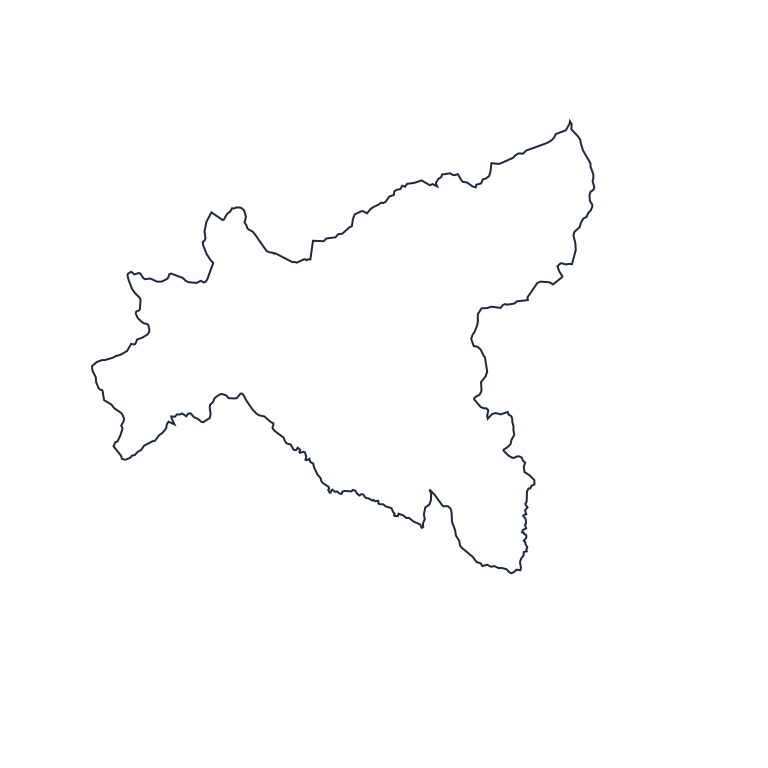 outline of Bac Tra My, Quàng Nam, Vietnam, rotated 338°
{"feature_id": "81297802B65636962466894", "entity_name": "Bac Tra My", "entity_type": "district", "adm_level": 2, "iso_a3": "VNM", "parent_name": "Vietnam", "parent_adm1": "Quàng Nam", "projection": "equal_earth", "projection_center": [108.196, 15.277], "detail": "fine", "context": "isolated", "style": "outline", "palette": "slate", "viewbox_px": 768, "rotation_deg": 338, "n_neighbors": 0, "source": "geoboundaries", "source_scale": "gbopen_adm2", "svg_char_len": 6154}
<svg xmlns="http://www.w3.org/2000/svg" viewBox="0 0 768 768"><g transform="rotate(338 384 384)"><path d="M309.0,164.1L306.0,166.5L302.4,167.4L296.9,171.7L295.7,171.4L288.3,160.2L280.0,167.2L274.7,175.4L273.0,182.1L271.2,183.9L269.1,184.5L268.3,187.4L268.2,196.9L269.5,203.8L271.0,207.8L259.1,221.0L256.6,222.5L254.9,222.3L252.7,219.7L248.2,220.1L240.8,216.3L238.8,213.9L237.0,210.1L227.9,201.8L225.9,201.9L223.8,204.5L222.2,205.3L216.7,205.8L213.9,205.0L212.0,204.1L206.7,198.6L201.7,197.3L200.5,195.6L199.4,190.2L198.3,189.2L193.6,188.9L191.7,185.2L187.7,185.9L186.9,187.2L186.2,191.3L186.0,201.4L187.2,206.5L189.8,212.6L189.8,214.9L185.8,222.9L184.6,224.0L181.5,224.0L180.3,225.4L180.2,227.2L180.4,230.4L182.2,234.8L184.1,237.8L186.6,239.4L187.6,241.1L186.8,245.7L185.7,247.9L183.3,249.5L177.2,250.5L171.8,250.3L168.4,253.7L167.1,253.7L164.6,252.1L158.2,257.1L150.5,258.2L145.5,257.6L142.8,258.1L134.0,257.2L131.6,256.2L126.0,256.0L120.1,258.0L119.6,258.8L118.7,262.6L119.3,269.8L117.8,274.3L117.8,280.7L118.4,282.6L120.2,283.9L120.5,284.8L118.4,294.2L123.5,300.8L124.8,305.4L129.2,312.0L130.0,314.3L130.0,318.5L128.7,321.0L124.7,324.2L125.0,326.6L124.4,328.0L120.3,332.9L115.4,337.4L113.0,337.4L109.9,340.4L113.4,352.4L112.9,355.0L115.1,357.0L116.4,357.4L121.1,357.3L123.5,356.0L126.3,356.5L130.2,354.6L134.2,354.2L138.5,351.3L148.0,350.4L150.3,350.9L156.4,347.2L160.1,346.4L164.3,344.2L166.0,342.7L167.4,340.1L170.1,338.2L174.6,343.0L174.2,336.4L174.6,334.4L177.9,336.0L180.7,334.6L183.2,335.8L185.8,335.7L188.6,339.9L191.2,338.1L193.7,338.7L195.4,343.6L198.6,347.0L200.4,350.5L201.9,351.7L209.7,350.3L212.0,346.8L213.6,340.5L215.0,338.1L218.9,336.6L221.1,334.1L223.4,333.1L227.5,332.2L229.6,332.4L233.3,335.3L234.6,338.9L240.4,341.6L242.5,341.8L247.3,339.2L248.8,339.7L249.5,341.3L250.2,348.0L252.6,358.6L254.7,363.8L256.3,366.1L261.1,369.4L264.6,376.6L266.7,379.1L266.2,380.5L264.3,382.4L264.3,384.2L265.0,386.4L270.8,396.1L270.8,399.7L271.5,402.7L274.8,405.1L275.4,410.2L276.2,411.8L278.0,412.3L280.1,410.7L281.7,413.7L280.0,415.3L280.2,416.3L283.9,416.7L285.0,417.7L284.7,422.2L282.8,424.8L283.9,425.8L286.7,425.3L286.5,428.7L288.6,431.5L287.9,434.8L288.4,443.1L289.9,447.5L289.5,451.1L290.7,453.7L294.1,458.6L294.0,460.3L292.6,461.3L292.9,464.3L293.7,464.8L295.6,462.7L296.5,462.5L298.0,465.5L300.2,466.0L301.3,468.3L303.1,469.9L304.0,469.7L305.1,468.2L307.1,468.3L313.6,471.4L315.3,470.5L317.5,472.2L317.8,475.0L319.3,478.1L321.7,477.7L323.0,478.3L323.7,479.5L323.8,481.6L325.1,483.3L326.9,484.2L329.4,487.7L330.9,487.5L331.7,489.3L334.8,490.1L334.8,491.1L334.0,492.5L334.5,493.5L338.4,495.5L339.8,498.2L344.4,501.8L344.5,506.3L345.3,508.3L344.1,509.5L344.4,510.3L347.4,511.8L348.9,509.7L352.7,513.1L354.5,516.6L357.0,517.5L359.8,522.5L365.0,527.9L364.9,530.6L365.3,531.6L366.8,531.3L367.8,527.9L371.2,524.6L372.1,519.8L376.1,513.9L381.1,512.7L384.2,509.0L386.7,503.2L386.6,498.9L389.4,505.6L392.7,518.8L393.2,519.6L397.5,521.2L399.0,524.5L398.5,528.6L395.4,537.3L395.2,546.0L393.9,551.4L395.0,557.9L394.0,561.9L394.4,564.2L401.6,577.8L403.2,583.9L406.4,586.4L407.0,589.7L411.9,590.2L414.8,593.6L418.2,594.2L421.4,597.7L423.5,598.2L428.1,601.5L429.7,605.6L431.3,607.2L434.7,606.9L437.1,605.7L440.7,607.8L442.2,605.4L443.2,600.6L444.1,599.1L446.2,596.9L449.1,595.4L450.6,592.2L453.7,592.6L453.8,591.0L455.7,589.1L455.2,585.9L455.7,583.5L454.8,581.7L458.4,579.8L459.2,577.7L458.9,576.6L457.8,575.8L457.8,574.2L456.4,573.2L458.2,571.4L461.7,571.1L462.0,567.3L463.5,566.4L464.5,563.5L464.6,561.6L463.7,558.5L464.8,557.8L467.1,558.1L467.4,554.0L470.9,552.1L470.0,549.2L470.2,548.0L472.2,546.5L476.3,537.2L478.9,535.0L480.5,535.6L482.7,533.6L485.8,533.5L487.4,529.5L484.9,523.4L481.3,518.2L482.6,513.1L485.4,509.8L484.1,507.0L484.1,503.7L482.4,501.9L480.5,501.0L476.8,501.2L475.3,500.4L472.7,497.2L469.8,490.5L470.7,489.6L475.0,488.8L478.8,487.2L481.0,483.8L485.7,480.0L486.8,475.0L488.2,471.9L488.7,467.3L489.8,464.6L490.0,461.6L488.1,459.0L488.2,456.3L480.9,455.9L476.8,452.8L472.9,452.4L467.2,455.1L467.7,452.3L470.7,447.6L470.7,446.8L469.7,444.8L467.5,443.9L465.0,441.6L461.8,432.0L462.3,431.0L464.2,430.2L468.4,429.8L471.0,427.8L472.1,426.2L474.6,418.7L481.2,414.9L484.3,411.2L487.6,397.0L487.0,395.4L486.5,388.1L484.6,384.4L481.4,382.5L481.7,374.9L484.5,371.6L487.4,369.7L492.4,364.5L494.4,361.3L497.1,354.5L502.8,350.4L508.0,352.2L512.4,352.5L520.7,357.1L523.8,355.4L525.9,355.2L528.3,356.7L534.7,358.2L538.4,357.2L548.8,360.1L549.2,358.0L549.8,357.2L563.5,348.1L565.1,347.7L567.6,347.8L574.1,350.9L576.3,352.4L577.9,355.0L589.2,351.6L589.7,351.0L588.7,345.0L588.9,339.9L592.7,338.3L593.8,338.5L597.6,341.4L600.2,341.8L603.2,343.3L612.0,331.6L614.2,325.0L615.2,317.6L616.7,315.1L617.9,314.1L624.3,311.8L626.7,308.6L630.5,305.4L634.5,304.9L637.7,301.7L640.7,300.5L643.6,297.6L644.3,295.6L643.5,291.5L645.1,286.2L647.3,283.3L651.1,282.2L652.6,280.7L653.5,273.7L655.3,271.5L656.6,268.0L656.9,260.0L658.1,256.5L656.0,242.1L656.7,234.0L657.5,231.2L656.6,227.1L653.1,218.0L655.4,213.3L654.8,210.2L653.7,212.1L647.6,216.9L637.0,216.6L633.3,219.7L629.7,221.0L625.3,221.6L603.2,220.8L599.2,222.5L595.1,220.6L591.5,221.2L588.4,222.6L575.8,223.1L573.0,223.0L566.3,219.5L562.3,226.9L559.5,230.5L555.5,231.7L552.2,231.3L549.2,234.4L544.2,233.8L542.7,236.0L540.0,233.9L536.5,228.3L532.8,226.1L531.9,223.3L531.1,217.1L527.6,216.8L526.1,215.9L524.2,213.4L516.2,211.5L514.8,213.5L511.4,214.2L507.8,216.7L507.3,217.5L507.3,220.7L503.9,216.8L501.0,216.9L495.2,209.4L487.7,208.9L480.4,207.1L477.4,209.0L475.1,207.0L472.2,209.4L468.5,208.7L465.7,209.3L463.9,212.4L459.0,212.2L453.7,215.7L451.2,216.0L449.2,214.7L446.6,215.6L440.3,216.0L437.1,216.7L432.2,219.4L429.2,215.8L427.5,215.3L420.3,215.8L416.7,219.8L413.4,225.6L410.2,225.9L401.9,229.0L397.5,228.0L394.0,229.8L385.0,227.5L381.6,229.0L371.8,224.6L362.4,240.9L359.8,239.9L358.7,240.3L356.9,238.4L348.4,238.8L347.0,237.4L344.8,236.8L331.9,221.8L330.9,222.0L330.4,220.9L326.9,218.8L324.9,216.6L320.3,196.4L319.2,193.3L316.1,189.7L315.7,188.3L315.9,185.4L315.2,182.0L318.7,177.2L319.3,170.6L317.9,167.7L316.4,166.3L313.3,165.0L310.4,165.0L309.0,164.1Z" fill="none" stroke="#1e293b" stroke-width="2"/></g></svg>